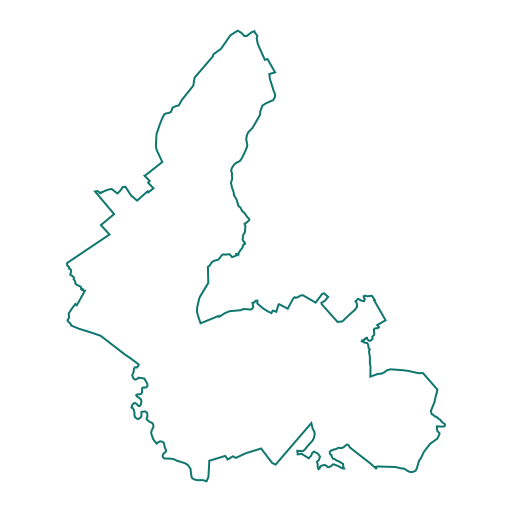 Sebis, Arad, Romania (Albers equal-area conic projection)
{"feature_id": "2599482B59578062471496", "entity_name": "Sebis", "entity_type": "district", "adm_level": 2, "iso_a3": "ROU", "parent_name": "Romania", "parent_adm1": "Arad", "projection": "albers", "projection_center": [22.139, 46.413], "detail": "fine", "context": "isolated", "style": "outline", "palette": "teal", "viewbox_px": 512, "rotation_deg": 0, "n_neighbors": 0, "source": "geoboundaries", "source_scale": "gbopen_adm2", "svg_char_len": 6063}
<svg xmlns="http://www.w3.org/2000/svg" viewBox="0 0 512 512"><path d="M328.9,467.1L331.1,466.1L333.0,464.3L334.3,464.5L338.8,466.3L340.3,467.4L341.9,467.7L342.4,468.4L344.0,468.5L343.4,467.6L343.5,466.4L343.2,465.8L343.0,463.9L338.6,461.2L336.4,460.4L334.6,459.1L333.0,458.7L331.6,456.3L331.5,455.0L330.4,454.5L329.8,453.1L329.8,451.7L330.5,450.9L331.3,450.4L332.7,450.2L333.8,449.4L335.7,449.2L338.7,447.7L340.4,448.1L342.1,448.0L344.4,446.6L346.6,444.7L348.3,444.8L349.8,447.4L369.8,463.0L376.7,469.0L375.6,466.9L377.7,466.5L395.3,467.0L401.8,468.5L403.8,468.5L407.8,471.0L410.1,472.0L411.5,472.1L413.1,471.8L415.4,470.9L416.8,468.5L418.9,461.2L421.3,457.4L423.8,452.0L430.1,443.8L437.1,438.8L438.4,436.5L439.6,433.4L437.4,431.0L437.0,429.4L436.9,426.4L443.7,426.6L444.8,426.0L444.9,424.2L441.3,421.4L440.5,419.9L438.7,419.0L437.7,417.7L436.8,417.3L436.3,416.7L435.1,416.6L432.8,414.5L431.8,414.2L430.8,411.2L434.5,402.0L435.9,395.5L436.9,392.5L437.3,389.5L423.0,373.1L418.5,373.2L408.6,371.0L403.0,370.2L390.5,369.3L386.7,370.4L384.4,372.3L381.2,373.7L378.0,373.9L370.4,376.6L370.5,366.2L369.9,363.6L369.9,357.0L368.9,351.1L369.8,349.5L368.5,347.7L368.3,345.6L367.9,344.1L367.2,343.0L364.9,342.7L361.8,341.3L362.2,340.3L363.8,340.3L364.6,339.0L365.3,338.9L366.2,337.8L367.0,337.8L367.3,339.2L369.1,340.8L370.0,340.9L371.8,339.7L372.6,338.6L372.3,336.8L374.1,334.9L374.4,333.1L374.0,332.2L374.0,329.2L375.4,328.3L377.9,328.1L379.0,327.2L377.2,325.1L385.6,320.3L374.2,300.4L374.8,300.1L371.9,295.8L367.2,296.3L365.8,295.8L364.5,295.8L363.8,296.2L363.7,296.7L364.4,298.6L364.8,299.0L364.0,301.2L361.9,300.8L360.3,300.1L358.8,299.1L357.8,299.0L355.5,301.4L356.5,302.7L356.9,304.0L357.0,305.9L357.0,306.7L355.2,309.5L346.5,317.4L343.7,320.2L341.7,321.7L339.0,321.7L337.6,322.0L321.8,304.3L321.4,302.8L325.2,300.6L327.0,298.1L328.2,296.9L324.0,293.3L322.2,293.9L315.6,302.6L303.0,295.3L300.8,295.4L298.4,296.9L295.8,297.9L294.6,297.2L292.9,299.0L287.7,308.7L279.2,304.2L278.6,304.4L276.3,311.8L273.6,310.7L272.7,310.7L271.4,313.1L267.6,311.3L263.0,308.3L257.3,303.5L257.4,300.6L255.5,300.8L254.2,302.5L252.5,302.7L253.2,307.1L252.0,309.0L250.7,309.5L243.5,309.0L240.7,310.2L229.6,311.2L224.8,313.2L219.1,316.8L218.7,315.9L200.6,323.3L198.4,317.0L197.0,311.8L197.2,307.3L199.3,298.2L200.1,296.5L208.3,282.9L207.9,266.9L209.6,265.6L212.2,261.8L214.8,260.6L218.0,259.8L219.4,258.5L222.1,254.8L223.3,254.4L225.4,254.6L229.4,254.2L230.8,255.5L232.0,257.1L234.9,256.2L236.0,255.4L236.2,253.9L237.5,254.2L238.1,255.1L238.5,254.5L238.6,253.2L239.7,251.2L242.6,247.4L242.9,246.1L243.5,244.4L244.8,244.1L244.9,242.8L243.5,241.3L242.6,239.7L243.2,234.9L244.9,232.3L245.4,225.7L244.5,224.1L244.6,223.6L246.1,223.0L249.3,220.1L249.1,219.0L246.8,216.5L244.7,213.2L242.2,211.1L240.4,207.5L238.5,206.0L236.6,199.6L234.0,195.2L233.6,192.0L232.2,188.2L230.9,182.8L232.2,179.2L231.9,174.4L232.1,173.6L231.1,170.7L231.7,168.4L233.9,164.9L235.7,163.2L239.8,161.1L241.7,158.5L245.7,150.3L247.0,146.9L247.3,145.1L246.2,139.2L246.8,135.8L247.7,133.3L248.5,132.0L252.4,128.1L259.9,115.1L260.4,111.1L262.4,105.6L265.8,103.4L273.2,100.1L274.9,97.0L275.2,94.8L273.8,91.2L270.0,79.3L269.3,74.0L275.1,72.4L267.5,59.1L264.8,59.8L257.8,44.0L256.7,38.4L257.4,35.8L254.8,32.5L254.4,31.2L251.5,32.3L246.7,36.0L244.4,36.1L241.5,32.9L237.7,30.7L230.5,35.2L221.0,48.8L213.4,54.3L212.7,56.6L194.6,77.6L193.3,85.6L181.7,100.1L178.7,105.5L175.9,106.1L172.6,107.6L171.0,111.9L169.0,112.9L165.8,113.5L164.2,114.4L161.8,119.3L159.7,124.7L156.5,134.2L156.1,141.0L155.9,146.5L156.7,150.1L162.3,162.0L145.8,175.0L144.5,175.7L149.7,181.0L148.1,182.7L153.5,188.3L148.3,192.4L147.6,191.3L137.1,200.6L131.0,195.4L125.4,186.7L122.5,187.2L121.5,189.1L120.7,190.1L118.0,193.0L117.3,193.4L111.9,189.2L111.4,189.0L108.8,189.5L105.2,190.7L102.5,192.1L102.1,192.0L101.2,192.3L101.0,193.0L100.6,193.2L99.4,192.8L99.0,192.0L97.7,191.1L95.1,191.5L114.1,214.1L100.9,225.1L109.5,234.5L67.1,263.0L67.2,265.5L69.1,267.0L69.2,268.7L70.5,269.2L71.2,270.6L70.7,273.2L70.2,274.6L71.0,275.3L72.0,275.7L73.7,277.2L73.9,278.2L73.6,279.1L75.1,281.2L75.5,283.7L76.2,284.4L80.7,286.7L81.0,287.5L81.1,289.0L81.6,289.7L82.4,288.9L83.2,289.5L83.1,290.3L83.8,290.9L84.8,290.9L76.8,305.3L75.3,304.0L71.8,308.7L68.7,313.5L69.1,317.6L67.5,320.3L68.6,322.0L70.5,323.7L71.2,325.5L78.8,328.7L91.4,332.6L100.7,335.8L125.0,354.6L130.0,357.9L138.7,364.5L138.5,365.5L137.0,367.5L134.8,367.3L133.8,369.3L133.7,371.7L132.2,375.3L132.9,377.1L133.7,378.8L135.5,379.6L136.9,379.1L138.4,377.7L144.3,378.5L147.2,383.6L147.5,385.2L147.2,386.3L146.4,387.3L145.2,387.7L144.4,387.4L142.6,387.7L142.1,388.4L142.1,392.0L141.5,393.6L140.3,394.2L137.3,394.4L136.2,395.2L136.7,396.2L141.0,399.4L141.4,401.1L141.0,404.1L139.9,406.0L139.4,406.2L138.5,405.9L137.2,404.7L136.9,404.1L135.0,403.0L134.1,403.1L133.3,403.8L132.2,405.1L132.1,405.9L131.5,406.9L131.6,407.7L132.6,407.9L133.9,410.0L134.4,412.3L134.5,415.7L134.9,416.9L136.7,418.7L138.6,418.9L140.5,417.7L141.3,416.6L141.5,414.0L141.4,412.0L144.4,411.4L145.5,411.6L146.9,412.5L147.3,414.2L147.4,416.2L147.3,417.1L146.8,417.6L146.7,419.5L149.5,421.7L152.3,423.1L153.0,424.1L153.3,425.1L153.4,426.9L151.6,430.7L151.1,432.9L152.0,435.9L153.4,439.5L156.6,443.6L158.1,442.4L160.1,441.3L162.4,441.8L163.8,442.8L164.8,447.4L166.1,450.4L165.5,452.2L164.0,453.1L162.8,455.0L162.7,456.7L163.5,457.8L164.5,458.5L170.3,458.6L174.4,459.4L176.6,460.6L185.0,463.2L188.2,465.3L190.6,469.0L191.0,473.6L191.5,476.5L192.2,478.2L194.2,479.4L196.8,480.1L203.0,480.1L206.5,481.3L208.4,477.1L209.2,463.7L209.2,460.8L225.2,455.9L227.7,459.5L233.0,456.3L235.9,457.9L245.6,453.3L261.1,448.5L272.1,462.9L275.6,464.6L311.3,423.1L312.7,428.8L314.4,431.9L314.7,434.1L313.9,438.0L312.5,440.7L306.6,447.2L304.7,449.8L302.6,451.2L297.3,450.8L297.7,454.4L301.5,453.8L308.8,458.3L311.1,455.7L312.3,452.9L313.9,451.6L317.5,453.4L319.1,455.2L320.0,456.7L318.9,460.0L317.0,461.8L317.6,464.0L317.8,467.5L318.5,469.2L319.7,468.2L320.3,466.4L322.4,465.4L324.8,465.0L326.5,465.9L327.8,467.1L328.9,467.1Z" fill="none" stroke="#0f766e" stroke-width="2"/></svg>